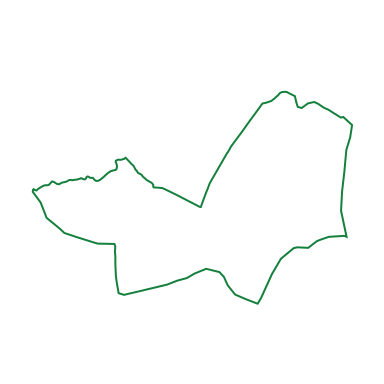 outline of Habila - WD, Western Darfur, Sudan, rotated 96°
{"feature_id": "16777658B76489940696560", "entity_name": "Habila - WD", "entity_type": "district", "adm_level": 2, "iso_a3": "SDN", "parent_name": "Sudan", "parent_adm1": "Western Darfur", "projection": "mercator", "projection_center": [22.41, 12.608], "detail": "fine", "context": "isolated", "style": "outline", "palette": "green", "viewbox_px": 384, "rotation_deg": 96, "n_neighbors": 0, "source": "geoboundaries", "source_scale": "gbopen_adm2", "svg_char_len": 2745}
<svg xmlns="http://www.w3.org/2000/svg" viewBox="0 0 384 384"><g transform="rotate(96 192 192)"><path d="M102.1,48.7L101.6,49.3L102.4,51.7L98.4,60.0L97.0,62.7L95.8,65.2L94.6,69.2L92.9,72.5L91.2,75.6L89.7,79.8L91.8,86.0L97.0,91.7L96.3,95.7L92.3,97.5L85.9,99.7L83.7,105.7L82.6,108.2L82.7,110.5L83.2,112.9L84.4,114.9L86.9,116.6L88.6,118.2L90.7,120.0L91.8,121.3L93.2,122.7L94.9,126.3L96.1,129.4L96.5,131.0L96.8,131.2L98.5,132.3L99.5,132.9L100.0,133.1L102.4,134.5L104.6,135.8L107.6,137.5L109.9,138.9L112.3,140.3L115.2,142.0L125.3,147.7L126.9,148.6L127.9,149.2L128.3,149.4L133.1,152.3L142.8,158.0L145.5,159.1L148.0,160.2L148.7,160.5L149.1,160.7L149.5,161.1L167.5,169.1L178.3,173.9L181.6,175.3L187.7,176.9L191.8,178.1L206.0,181.7L205.9,183.1L205.4,184.3L204.3,187.0L203.0,190.4L200.3,197.3L199.0,200.6L197.8,203.6L197.3,204.9L196.3,207.5L195.2,210.6L194.0,213.9L191.2,221.7L191.2,224.3L191.4,230.7L190.6,231.1L189.0,231.3L187.6,232.5L187.0,233.3L186.3,234.9L185.9,235.9L184.7,238.5L183.3,240.3L182.0,242.3L180.2,243.9L179.4,245.5L179.3,245.9L178.6,247.7L177.2,248.8L176.3,249.5L175.9,250.3L173.7,251.8L172.2,252.8L170.4,255.2L168.8,257.0L165.5,260.8L164.9,261.8L166.1,262.8L166.5,264.2L166.8,264.6L167.1,265.0L167.5,266.8L167.5,268.4L167.9,269.6L168.9,271.0L170.2,271.0L171.4,270.2L174.5,269.2L174.7,269.3L176.7,269.4L178.0,270.2L178.6,272.0L179.0,273.1L179.1,273.4L179.3,273.7L180.2,275.7L180.4,275.7L182.1,277.8L184.9,280.3L186.1,281.3L189.0,284.1L190.6,286.3L191.0,288.3L190.6,289.5L190.1,290.2L189.9,290.4L188.3,292.1L188.3,292.6L188.4,293.0L188.5,293.5L188.5,294.9L188.1,295.5L187.7,296.3L187.6,296.5L187.5,297.7L188.3,298.5L189.6,298.9L190.6,299.7L190.6,300.9L190.4,302.3L189.8,303.7L190.6,305.1L191.2,306.5L191.8,308.2L192.2,310.4L192.8,312.0L192.8,312.8L192.6,314.2L193.0,315.4L194.7,317.8L195.5,319.8L196.3,322.4L198.2,325.0L198.1,327.2L197.1,329.0L196.5,330.4L196.1,332.2L197.3,333.2L199.8,335.0L200.4,336.4L200.6,338.6L201.2,340.2L202.6,342.2L204.1,344.2L204.8,345.0L205.5,345.8L206.7,346.8L206.5,348.5L205.7,349.7L206.3,350.3L206.5,350.3L207.5,350.3L208.4,350.4L208.6,350.3L209.3,349.6L218.3,341.4L232.9,333.9L242.6,319.2L246.1,314.7L249.2,300.5L253.2,280.6L251.8,263.8L253.7,262.7L256.1,262.5L258.7,262.5L264.1,261.5L272.4,260.6L283.0,259.0L289.1,257.6L300.3,254.4L301.4,248.8L286.7,207.1L281.6,197.2L278.2,188.3L278.2,188.2L273.0,181.2L266.9,169.9L268.7,157.0L268.8,156.3L273.1,151.4L281.1,146.7L288.4,139.5L289.4,138.5L290.4,135.4L292.9,127.5L295.7,117.1L296.2,115.0L290.1,112.2L265.5,104.0L249.1,96.6L237.2,85.0L236.0,81.5L235.4,70.6L227.9,62.8L225.9,59.0L222.3,51.3L219.7,36.0L220.4,33.6L220.1,33.7L195.1,41.8L175.7,42.8L156.4,42.6L134.0,42.9L121.1,40.4L108.7,39.8L102.1,48.7Z" fill="none" stroke="#15803d" stroke-width="2"/></g></svg>